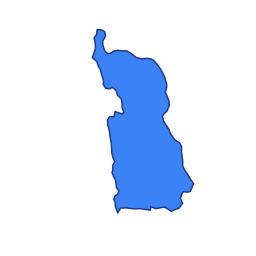 Wenceslau Braz, Minas Gerais, Brazil, rotated 318°
{"feature_id": "56859067B98863111955151", "entity_name": "Wenceslau Braz", "entity_type": "district", "adm_level": 2, "iso_a3": "BRA", "parent_name": "Brazil", "parent_adm1": "Minas Gerais", "projection": "equal_earth", "projection_center": [-45.398, -22.544], "detail": "fine", "context": "isolated", "style": "filled", "palette": "blue", "viewbox_px": 256, "rotation_deg": 318, "n_neighbors": 0, "source": "geoboundaries", "source_scale": "gbopen_adm2", "svg_char_len": 1572}
<svg xmlns="http://www.w3.org/2000/svg" viewBox="0 0 256 256"><g transform="rotate(318 128 128)"><path d="M170.9,34.3L167.1,37.6L162.9,38.5L160.6,42.8L157.0,47.2L152.8,49.5L148.5,52.0L149.3,57.7L147.3,62.2L146.3,66.8L144.5,69.9L142.8,73.6L141.1,77.0L138.8,78.9L138.0,83.6L140.5,86.6L143.5,87.1L144.3,92.0L142.1,96.8L142.6,101.4L140.5,105.1L137.1,109.1L135.4,113.8L132.6,113.5L131.3,110.4L129.4,107.2L125.1,110.4L122.0,107.3L118.2,108.3L114.9,112.1L113.5,115.5L111.1,119.3L107.7,124.2L105.5,128.0L102.3,132.0L99.1,136.0L97.2,139.5L95.7,143.9L91.5,145.6L89.2,148.6L86.2,150.5L84.7,154.8L83.9,158.3L81.8,161.4L79.6,164.6L79.2,168.4L76.2,170.3L73.0,169.8L69.8,171.5L68.7,174.6L66.0,178.0L63.7,184.1L68.9,182.6L73.2,186.1L78.4,192.1L83.3,196.3L89.5,203.9L92.3,201.7L94.7,206.5L102.3,211.2L104.5,218.8L108.7,220.1L112.1,221.7L118.2,220.5L119.6,215.8L123.1,213.2L126.5,212.4L129.2,215.4L131.7,216.7L134.3,215.8L136.8,214.4L139.5,213.3L140.1,207.9L141.1,203.7L141.8,198.3L143.1,193.0L146.7,189.0L149.4,185.0L152.1,181.1L155.4,177.7L156.4,173.4L155.0,169.0L155.2,164.7L155.8,160.6L157.5,156.5L158.3,150.8L159.1,146.6L161.5,142.3L165.0,141.5L168.4,141.5L171.4,140.0L173.9,138.7L176.5,135.4L178.0,131.2L179.8,126.3L183.8,123.8L186.2,121.2L187.9,117.7L189.4,114.2L190.7,110.0L191.6,106.0L192.1,100.8L192.3,95.4L191.2,91.8L188.3,88.6L184.2,85.5L181.1,80.7L180.2,74.7L178.7,69.8L175.3,66.8L172.3,63.4L168.7,61.3L165.3,60.8L162.6,59.2L162.4,54.8L164.8,49.5L167.4,46.5L170.5,45.5L173.3,44.2L175.1,40.7L173.5,36.8L170.9,34.3Z" fill="#3b82f6" stroke="#1e3a8a" stroke-width="1.5"/></g></svg>